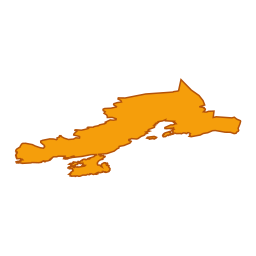 outline of Tranøy nor, Troms, Norway
{"feature_id": "86288312B72673303782724", "entity_name": "Tranøy nor", "entity_type": "district", "adm_level": 2, "iso_a3": "NOR", "parent_name": "Norway", "parent_adm1": "Troms", "projection": "robinson", "projection_center": [17.384, 69.178], "detail": "fine", "context": "isolated", "style": "filled", "palette": "amber", "viewbox_px": 256, "rotation_deg": 0, "n_neighbors": 0, "source": "geoboundaries", "source_scale": "gbopen_adm2", "svg_char_len": 5857}
<svg xmlns="http://www.w3.org/2000/svg" viewBox="0 0 256 256"><path d="M181.0,79.6L178.6,90.6L177.7,91.1L173.8,91.6L172.7,92.1L145.6,94.0L125.2,98.0L118.3,97.9L118.0,99.0L120.9,100.5L121.5,102.0L117.3,102.6L113.9,103.7L113.6,104.5L113.9,105.0L116.5,106.6L116.4,107.0L110.9,108.2L104.7,108.5L103.2,109.1L103.0,109.8L103.3,110.7L105.2,111.7L104.0,113.3L106.6,114.9L107.2,116.1L107.3,117.5L112.3,117.4L116.2,118.8L116.1,119.7L113.3,120.2L110.2,119.9L105.3,122.2L106.0,122.8L104.8,123.7L99.8,124.8L98.4,125.7L94.0,126.6L93.4,127.2L88.0,127.2L87.6,127.4L88.7,128.1L88.5,128.4L85.4,129.3L81.4,130.2L75.7,129.8L74.3,130.4L76.1,130.4L76.9,131.1L74.5,133.3L73.8,134.2L73.7,135.0L79.5,136.5L79.7,136.9L79.5,138.1L75.8,137.8L73.4,139.1L68.4,139.5L64.1,138.1L61.1,136.4L61.0,135.7L59.8,135.7L59.8,136.3L59.2,136.4L59.2,137.2L57.0,137.9L57.1,139.3L56.5,139.7L53.5,139.0L49.7,138.9L42.6,140.3L40.7,141.1L40.8,142.5L44.2,145.3L44.6,146.1L44.3,146.4L44.6,146.9L43.5,148.2L40.4,147.8L35.2,146.0L32.4,144.6L25.6,143.3L22.6,143.4L21.6,144.1L20.2,146.3L20.2,146.9L16.7,149.1L16.0,150.0L15.7,151.1L16.8,151.7L16.4,152.4L17.2,152.4L17.3,152.9L16.5,153.5L16.3,154.9L15.7,155.0L15.7,155.8L16.1,155.8L16.7,157.6L16.3,157.6L16.7,158.6L16.3,158.8L20.6,158.6L21.7,159.5L22.9,159.1L22.4,159.5L22.7,159.8L20.5,160.0L20.4,160.3L21.4,160.4L20.0,160.8L20.3,161.2L17.4,161.3L18.6,161.6L18.6,161.8L17.3,161.5L15.4,161.9L17.6,162.2L17.1,162.9L18.5,162.9L18.2,163.1L19.5,162.8L22.1,163.2L21.7,163.4L31.0,162.9L31.8,162.5L38.6,162.7L41.5,162.3L41.4,161.9L43.5,160.8L44.8,161.2L44.3,161.6L44.7,161.8L45.2,161.7L45.0,161.2L47.8,160.9L50.1,160.1L50.6,159.6L49.2,159.9L53.5,156.8L56.7,156.8L58.3,156.2L64.3,156.2L63.8,156.6L64.6,156.8L64.4,157.1L66.1,157.2L64.7,157.5L65.0,157.7L64.5,158.0L65.1,157.7L65.7,157.9L64.5,158.2L64.3,158.3L64.8,158.5L64.3,158.8L65.9,159.1L66.5,158.5L66.3,157.9L67.3,157.8L66.8,158.2L68.3,158.4L67.4,158.9L67.7,158.9L68.6,158.3L71.5,157.7L72.2,157.2L72.2,156.6L71.9,156.5L73.9,156.0L74.3,156.4L73.0,157.4L82.1,156.4L91.1,154.6L96.4,154.5L96.6,154.9L94.6,155.6L94.6,156.2L93.8,156.7L89.1,158.2L90.0,158.5L89.5,159.0L87.8,159.0L85.9,159.7L85.2,159.6L85.1,159.2L83.8,159.2L82.6,159.7L82.4,160.5L81.8,160.2L81.1,160.7L80.3,161.7L80.3,161.3L79.5,161.9L78.1,161.4L77.4,162.4L73.3,161.9L72.5,162.9L73.6,163.0L73.5,163.3L70.2,163.4L69.1,164.2L71.4,164.4L70.0,165.4L71.1,165.0L71.8,165.3L72.0,165.7L71.5,166.2L72.0,166.3L75.3,165.3L75.3,164.8L77.6,164.5L77.5,163.9L77.0,164.0L78.3,163.0L80.6,163.7L82.0,163.1L82.7,163.2L82.4,163.6L83.2,164.2L82.3,165.1L85.3,165.4L84.6,166.1L78.0,167.2L77.8,166.8L76.6,167.1L75.7,166.7L74.5,167.1L74.4,167.5L73.4,167.3L73.6,166.7L73.1,166.3L70.9,166.4L68.1,167.2L68.5,167.2L67.9,167.9L68.1,168.1L67.6,168.2L70.7,168.0L71.3,168.5L71.0,168.7L72.4,168.6L72.3,169.0L72.9,169.7L72.6,170.0L73.2,170.8L70.9,172.2L70.7,172.6L71.0,173.0L69.7,173.5L70.0,174.0L69.0,174.4L70.2,174.9L70.2,175.9L71.1,175.7L71.3,176.2L75.1,176.0L75.3,176.4L77.0,175.8L78.5,176.2L78.2,176.3L80.0,176.2L82.8,175.1L86.1,175.1L87.3,174.4L89.4,174.7L90.3,174.2L90.1,173.8L91.2,173.7L93.4,174.5L96.5,173.5L96.8,173.8L95.1,174.2L96.5,174.3L97.7,173.8L97.2,173.5L97.5,173.2L96.8,173.0L98.2,172.3L100.3,172.7L102.4,172.2L102.4,171.4L103.4,171.4L103.5,171.8L105.2,171.7L105.4,171.8L105.2,172.3L106.0,172.4L108.8,171.6L109.2,171.2L109.1,170.6L110.0,170.0L109.8,169.6L110.0,168.5L108.6,167.0L109.0,165.8L107.0,165.4L107.6,164.8L107.1,164.3L107.7,163.9L107.4,163.2L105.1,164.0L106.0,163.5L105.5,163.3L105.6,162.8L104.1,162.7L101.8,164.0L101.4,165.5L102.1,167.0L100.4,165.9L100.4,165.2L97.8,165.0L97.2,163.8L97.6,163.1L97.4,162.6L98.6,161.0L100.6,159.7L102.5,159.4L102.8,159.2L102.3,158.7L105.1,156.7L104.9,156.2L103.7,156.4L103.4,155.6L101.2,155.9L101.4,155.7L100.7,155.3L100.9,155.0L100.6,154.8L99.8,155.1L98.9,154.8L98.7,154.3L106.8,153.6L114.2,151.1L117.4,148.6L118.8,148.1L119.2,146.4L124.0,145.5L129.9,143.1L131.1,141.6L130.5,141.3L130.7,141.1L128.8,140.5L128.7,139.8L129.1,139.3L130.3,139.3L131.3,138.6L136.5,139.0L137.8,138.7L141.3,136.3L143.9,135.4L144.8,134.8L144.9,134.1L147.3,133.2L145.8,132.1L147.9,131.7L147.6,131.4L148.0,131.2L148.7,131.4L149.6,131.1L148.0,130.6L148.4,129.6L154.3,127.4L154.7,126.8L154.2,126.3L154.2,125.6L154.8,125.3L154.3,125.2L154.9,124.9L154.7,124.4L156.7,123.7L156.1,123.2L158.1,122.6L158.5,122.3L158.1,121.8L158.6,121.6L162.6,120.9L165.7,119.6L165.4,120.8L174.1,121.3L173.6,121.7L174.2,121.8L173.9,122.3L175.3,122.7L176.1,123.7L174.5,123.8L174.5,124.3L172.6,125.0L170.9,124.9L164.9,127.5L164.9,128.5L166.3,128.7L172.0,128.2L171.6,128.6L172.3,128.5L173.6,127.8L173.7,128.2L172.6,128.7L173.9,129.4L171.7,130.4L172.1,130.8L172.0,131.1L173.1,131.3L172.9,133.0L171.7,133.4L170.5,133.0L169.7,132.5L170.3,132.0L170.3,131.5L170.0,131.4L165.1,132.9L163.7,133.8L164.0,134.3L162.9,134.9L163.2,135.5L162.1,136.0L163.2,136.0L163.4,136.8L165.5,136.6L167.6,135.1L168.3,135.5L169.5,134.9L171.3,134.8L170.0,134.4L171.0,133.9L172.1,134.0L172.2,134.3L172.6,134.2L172.2,134.0L173.0,133.4L174.8,133.1L176.5,133.6L180.7,133.5L181.2,133.8L183.5,132.9L185.3,133.1L186.2,133.6L187.3,133.4L187.0,133.3L187.5,132.7L188.7,132.7L190.4,133.6L189.6,134.8L190.2,135.4L189.2,136.3L191.2,136.7L200.3,135.0L203.2,133.5L207.8,132.7L212.5,130.7L215.3,130.5L225.1,132.2L230.5,132.3L234.1,133.6L236.0,133.3L236.9,132.0L238.3,131.2L238.7,130.3L238.1,128.4L239.9,124.0L240.6,121.4L240.4,120.7L236.7,119.1L234.3,117.2L231.9,117.9L216.2,116.8L213.2,117.5L214.0,111.1L208.6,111.3L206.4,112.1L203.4,111.8L205.3,109.8L205.3,109.0L204.0,108.4L204.1,107.6L199.3,106.8L204.7,105.0L203.0,100.6L199.0,95.5L191.3,90.1L181.0,79.6ZM154.2,136.4L147.5,137.2L147.1,137.6L147.4,138.0L147.1,138.2L149.9,138.8L149.8,139.1L151.5,138.8L152.8,138.0L152.2,138.7L153.6,138.5L153.9,139.0L154.5,139.0L154.5,138.7L156.1,138.0L155.9,137.6L156.4,137.3L154.2,136.4Z" fill="#f59e0b" stroke="#b45309" stroke-width="1.5"/></svg>